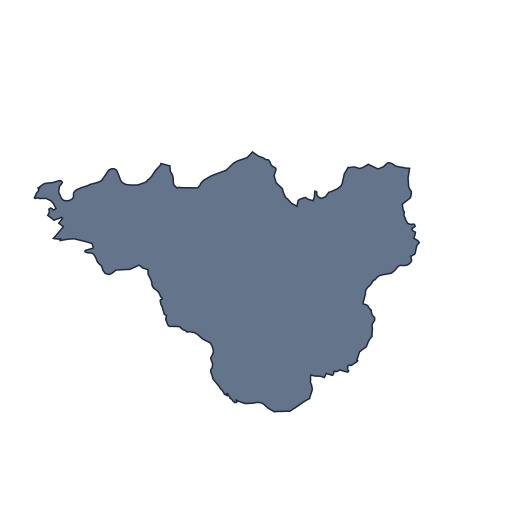 the district of Ususau, Arad, Romania, rotated 335°
{"feature_id": "2599482B12627943031914", "entity_name": "Ususau", "entity_type": "district", "adm_level": 2, "iso_a3": "ROU", "parent_name": "Romania", "parent_adm1": "Arad", "projection": "natural_earth1", "projection_center": [21.862, 46.022], "detail": "fine", "context": "isolated", "style": "filled", "palette": "slate", "viewbox_px": 512, "rotation_deg": 335, "n_neighbors": 0, "source": "geoboundaries", "source_scale": "gbopen_adm2", "svg_char_len": 6103}
<svg xmlns="http://www.w3.org/2000/svg" viewBox="0 0 512 512"><g transform="rotate(335 256 256)"><path d="M325.6,378.6L326.8,378.2L327.2,377.9L328.1,375.9L328.7,374.8L330.7,371.4L331.5,368.9L332.2,367.3L332.4,366.9L335.1,365.2L335.9,364.8L336.4,364.3L336.7,363.8L337.5,361.9L336.7,359.7L336.3,358.1L336.5,357.3L336.7,356.8L336.9,355.3L337.6,353.7L336.7,351.8L336.4,350.1L336.4,348.9L336.3,348.5L335.9,347.6L335.1,346.6L333.2,345.0L333.0,344.5L333.3,343.7L337.0,339.3L337.1,338.8L337.6,338.5L339.1,336.7L339.6,335.6L340.3,334.4L341.2,333.4L342.2,332.5L344.9,331.3L347.4,330.6L351.7,328.1L352.1,327.6L352.5,327.6L353.5,327.9L354.0,327.8L356.7,326.5L359.5,326.0L361.9,326.3L371.0,328.7L372.2,328.6L375.4,327.8L378.9,326.2L380.4,325.6L381.5,325.3L382.7,325.5L384.0,326.1L385.4,326.9L388.1,327.9L389.3,328.0L390.5,328.0L391.9,327.7L393.7,327.0L394.8,326.3L395.5,324.9L395.9,322.5L395.8,322.1L395.9,321.7L399.7,321.5L400.5,321.4L401.3,320.9L401.9,320.2L403.8,317.5L406.2,314.5L409.6,312.9L409.2,310.6L406.6,306.5L409.4,303.6L410.6,301.8L408.5,298.9L408.8,297.1L412.7,296.5L413.0,294.4L412.2,293.6L409.8,292.9L407.3,290.7L406.9,286.1L407.3,284.9L407.0,282.2L409.1,278.5L408.8,276.7L410.4,270.9L420.6,268.5L423.0,265.5L424.0,263.2L423.4,258.4L426.8,249.5L432.3,241.5L428.8,239.5L420.8,233.8L418.2,229.6L416.0,227.7L414.2,227.3L408.9,229.0L403.4,228.7L396.4,220.2L395.0,220.6L389.6,220.9L386.8,220.5L383.3,217.2L381.5,216.3L377.9,215.3L377.0,214.6L370.7,218.9L364.7,226.8L362.7,228.3L358.2,229.5L351.2,229.4L349.0,229.0L345.7,230.7L344.4,231.7L342.0,231.5L339.9,231.6L337.8,229.3L336.9,227.0L337.2,225.4L338.2,223.7L336.7,222.1L333.6,227.5L331.0,230.0L326.9,226.3L325.5,223.7L319.4,223.1L317.5,223.6L314.1,228.3L310.3,222.9L308.8,217.8L307.5,215.4L307.7,209.6L308.4,206.4L307.9,204.8L305.2,198.2L306.3,190.9L310.8,185.9L311.0,184.8L308.4,180.7L308.2,179.6L308.4,176.2L307.9,174.1L305.6,172.7L304.3,170.4L300.3,166.4L296.8,160.2L289.5,163.1L279.6,162.0L275.2,162.3L265.2,165.7L252.3,164.6L248.7,164.5L240.3,165.3L236.3,167.0L235.7,167.9L231.9,169.6L218.2,163.0L214.7,161.0L213.1,161.0L211.5,156.4L214.1,149.7L214.6,146.3L214.1,143.0L216.1,138.0L209.0,132.0L208.1,133.0L206.4,133.9L201.0,136.0L196.2,139.0L193.7,140.3L191.3,141.2L189.7,141.3L188.7,142.1L186.7,142.4L180.8,141.9L178.5,141.5L173.2,139.1L170.1,137.4L167.8,135.7L165.7,132.6L165.3,130.1L165.7,125.0L165.8,122.0L166.0,119.5L165.4,118.5L164.5,117.2L162.4,116.0L160.0,115.8L158.6,116.0L151.0,120.6L149.2,121.5L148.5,122.2L146.0,122.6L141.6,122.1L136.0,121.0L133.1,121.1L126.9,120.3L121.8,120.1L119.6,120.5L117.6,121.5L116.7,122.8L115.6,125.3L113.6,126.6L111.1,126.8L109.0,126.6L105.4,124.5L104.4,122.8L104.1,120.9L104.1,120.0L104.2,118.2L104.1,116.4L104.2,114.5L105.8,112.2L107.3,109.7L109.4,108.9L111.4,107.7L111.7,107.1L111.0,105.4L109.3,104.5L104.2,103.7L101.9,103.4L100.3,102.7L96.7,101.4L94.6,101.0L92.9,101.1L88.2,102.2L87.2,102.2L87.2,102.9L87.6,103.0L87.3,103.1L86.6,104.8L83.9,106.2L83.0,106.8L81.1,108.5L79.7,109.6L80.0,110.4L80.9,110.8L82.0,110.8L83.1,111.2L83.9,112.3L90.2,115.2L93.3,119.1L94.1,121.3L94.6,123.2L94.8,128.5L91.7,128.8L91.3,126.8L90.0,125.7L88.1,126.0L87.5,128.3L86.5,129.7L84.4,131.1L86.6,135.2L88.0,138.2L96.2,138.8L96.6,140.0L91.1,142.9L93.8,148.0L85.6,151.9L79.8,154.4L81.2,155.5L84.7,157.5L86.0,157.8L85.0,159.2L93.3,161.5L98.5,163.6L109.2,172.2L112.6,175.4L112.3,179.0L111.4,180.0L103.8,178.8L102.9,179.3L103.0,180.2L104.6,181.8L107.8,183.5L109.5,185.4L109.9,187.6L110.0,190.1L109.8,194.6L110.5,196.8L111.8,199.8L111.2,204.1L111.9,208.0L115.0,210.7L118.3,210.8L123.3,209.6L136.0,214.8L146.2,214.9L148.5,219.3L152.3,222.7L150.5,226.9L150.7,230.8L150.6,234.2L150.4,235.7L149.4,238.6L149.5,241.4L150.4,243.3L151.7,245.5L152.4,248.1L152.5,249.4L152.5,250.6L152.5,251.4L152.3,252.2L153.2,254.6L152.7,255.5L151.8,255.4L151.0,255.4L150.3,255.8L149.7,258.3L149.4,259.7L149.4,263.3L149.1,264.3L148.6,268.2L148.2,270.1L149.7,271.9L149.6,272.4L147.5,274.9L147.3,276.1L147.0,280.5L147.1,282.2L147.8,283.2L154.5,286.4L157.3,288.2L157.6,290.0L158.9,292.2L160.8,294.2L161.2,295.7L164.1,296.7L167.8,299.4L169.7,302.1L171.6,306.4L172.3,308.3L176.7,314.0L177.5,314.6L178.1,318.1L177.9,321.1L177.0,324.7L175.7,326.2L173.6,328.0L171.7,329.3L171.4,331.9L171.2,335.2L170.1,337.1L168.9,338.8L167.0,339.9L166.0,341.8L165.7,346.0L165.0,349.1L165.6,351.7L166.4,354.3L167.4,358.3L167.7,361.1L168.7,363.8L169.1,367.7L168.9,368.0L169.3,368.4L169.9,369.0L170.9,370.5L171.2,370.5L171.3,370.3L171.3,369.5L170.6,368.7L171.2,368.4L171.7,368.5L172.1,368.6L172.1,369.0L171.8,370.1L171.9,370.4L172.6,372.1L172.6,372.9L172.4,373.4L172.3,373.7L172.9,374.6L173.5,375.8L173.8,377.7L174.3,378.7L174.8,379.3L174.6,379.7L175.1,380.0L176.6,380.4L176.9,380.1L177.2,378.7L177.3,378.3L177.6,378.8L178.3,379.8L180.1,381.5L181.0,382.5L182.0,383.3L183.0,384.5L184.1,385.2L185.3,385.8L190.6,387.9L191.8,388.3L195.0,389.1L198.3,390.9L199.8,392.7L200.2,393.2L202.7,399.1L204.6,401.9L205.8,403.3L206.1,404.1L206.9,405.0L207.5,405.3L208.3,405.4L209.3,405.8L216.3,408.9L217.4,409.2L220.9,410.9L221.5,411.0L225.6,410.3L227.9,410.1L229.1,409.7L231.1,409.6L233.3,409.1L238.7,408.2L242.1,407.9L244.4,407.9L245.9,405.9L248.5,403.2L250.9,400.4L251.4,397.7L251.9,396.5L251.8,395.7L252.0,393.2L253.5,390.7L254.6,388.0L255.4,387.0L257.1,388.5L259.3,390.1L262.0,391.3L264.5,392.9L266.4,395.0L267.5,394.3L270.1,392.2L274.6,396.3L275.1,396.4L275.5,396.2L276.8,395.2L278.2,393.4L278.4,393.4L278.8,393.7L279.3,394.4L279.5,394.6L280.0,394.6L280.6,394.9L280.9,394.9L281.9,394.7L282.6,394.9L283.5,394.8L284.2,394.9L285.6,396.4L286.8,397.1L287.2,397.8L290.0,400.0L290.7,399.7L291.3,399.6L291.4,399.0L291.2,397.7L291.3,397.0L292.0,395.9L292.4,395.1L293.2,394.2L293.6,394.3L294.8,394.4L295.1,394.5L295.4,395.2L295.7,395.3L296.0,395.4L297.9,395.2L299.5,394.9L302.4,394.6L303.3,394.2L303.9,393.9L304.0,393.6L303.9,393.4L303.3,393.3L303.2,393.1L303.3,392.9L305.6,390.6L305.9,390.4L306.4,389.8L309.2,386.7L309.5,386.5L309.8,386.4L310.4,386.4L312.6,385.8L317.6,384.9L318.0,384.5L320.1,382.6L321.4,381.2L322.8,380.3L323.9,379.5L325.6,378.6Z" fill="#64748b" stroke="#1e293b" stroke-width="1.5"/></g></svg>